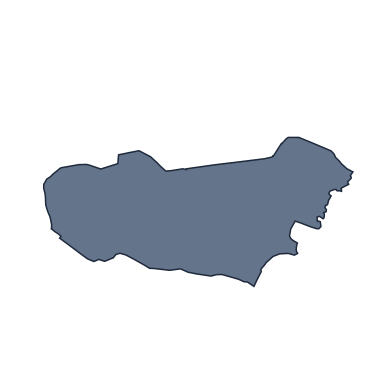 Fuamah, Bong, Liberia (orthographic projection), rotated 37°
{"feature_id": "62588387B99058243343156", "entity_name": "Fuamah", "entity_type": "district", "adm_level": 2, "iso_a3": "LBR", "parent_name": "Liberia", "parent_adm1": "Bong", "projection": "orthographic", "projection_center": [-10.257, 6.963], "detail": "fine", "context": "isolated", "style": "filled", "palette": "slate", "viewbox_px": 384, "rotation_deg": 37, "n_neighbors": 0, "source": "geoboundaries", "source_scale": "gbopen_adm2", "svg_char_len": 2831}
<svg xmlns="http://www.w3.org/2000/svg" viewBox="0 0 384 384"><g transform="rotate(37 192 192)"><path d="M234.2,99.3L234.4,102.2L235.4,114.7L235.1,114.9L234.8,114.8L234.8,115.0L234.9,115.9L229.8,121.9L211.9,139.2L205.6,145.3L204.4,146.4L193.2,157.2L175.5,174.9L173.3,177.2L173.8,177.6L170.7,179.0L162.3,187.7L158.4,191.1L157.6,191.0L150.5,190.3L146.3,189.6L137.5,188.8L129.2,190.2L124.9,190.9L124.4,191.4L121.1,195.1L117.6,198.9L116.7,200.0L114.7,202.3L111.4,206.0L111.0,206.5L113.4,210.4L113.9,211.1L115.7,214.0L107.2,225.9L106.9,226.3L105.4,228.5L93.9,232.3L91.1,233.5L89.1,235.1L85.0,238.4L73.0,251.3L72.3,252.7L72.2,253.2L72.0,253.9L71.9,254.6L70.3,261.0L69.7,265.1L68.2,269.1L68.7,272.7L68.8,273.5L68.9,274.9L70.4,277.1L71.9,278.8L72.8,279.5L74.7,280.9L77.2,283.4L78.5,284.9L79.3,285.8L80.3,287.2L83.1,290.4L87.2,293.5L90.2,295.4L93.4,297.2L95.6,299.0L98.5,301.6L99.7,302.7L100.5,303.9L102.0,306.2L103.2,305.8L103.6,306.1L106.0,306.2L110.6,305.9L111.3,306.0L114.1,306.2L114.0,308.5L127.5,308.4L133.0,308.4L138.5,308.4L148.4,308.3L148.7,308.3L155.4,306.6L158.2,301.9L160.6,301.1L161.0,301.0L164.0,299.9L168.5,292.3L168.8,291.9L168.8,291.3L168.8,287.9L169.2,287.3L171.3,284.3L173.9,283.3L177.1,282.1L180.2,281.6L185.7,280.7L196.8,279.2L199.5,278.9L204.0,278.5L207.2,276.3L207.5,276.1L208.5,275.5L221.1,268.1L222.3,267.0L229.1,260.3L233.3,259.3L237.0,258.5L238.5,257.8L245.1,254.6L255.2,249.1L257.8,247.7L261.1,243.5L262.5,242.3L265.5,239.9L272.2,237.3L276.8,235.5L278.0,235.1L281.2,233.8L287.8,232.3L290.2,230.6L298.3,230.1L297.4,225.9L297.2,225.0L295.9,218.0L295.3,214.1L293.5,212.1L293.9,206.1L293.7,204.0L295.3,195.8L295.3,195.4L295.5,194.7L299.2,188.7L301.3,186.9L305.9,183.1L311.8,180.8L313.3,177.5L310.8,176.3L309.2,174.3L307.5,171.2L306.9,169.3L301.8,169.9L298.7,169.7L296.2,168.3L294.8,165.4L293.1,162.1L291.9,153.2L297.5,151.3L299.3,150.8L307.4,148.5L312.5,146.7L313.4,146.4L314.4,145.7L315.3,145.2L315.8,142.2L315.6,141.9L315.3,141.5L312.3,138.5L311.1,138.9L310.5,139.2L309.8,139.9L308.2,138.2L306.9,136.8L308.5,134.7L312.8,134.5L313.0,133.1L312.8,132.8L311.7,131.0L311.1,130.1L309.6,129.4L311.0,127.0L310.8,126.6L309.9,125.2L307.5,124.4L307.2,123.8L307.0,123.2L306.8,122.9L306.7,122.6L307.3,121.9L307.8,120.5L306.2,116.7L305.8,113.8L305.5,111.4L304.7,111.4L303.6,111.3L302.3,111.1L301.6,108.4L304.1,104.5L304.7,103.9L305.3,103.3L307.3,103.7L309.0,102.3L309.1,102.2L311.0,101.5L310.8,101.0L310.2,100.5L308.8,99.3L311.3,94.0L312.3,92.1L312.5,91.5L311.5,91.1L310.9,90.8L310.3,90.3L310.5,88.3L310.8,85.7L310.8,85.1L309.8,84.1L308.7,83.8L308.4,79.1L301.7,80.2L300.6,80.1L294.1,79.5L294.0,79.4L293.4,79.4L291.6,78.7L285.9,78.0L282.5,76.1L278.3,75.5L262.6,79.4L261.8,79.6L244.5,84.1L236.1,90.4L235.9,90.6L235.9,91.0L235.2,92.7L234.7,99.2L234.4,99.2L234.2,99.3Z" fill="#64748b" stroke="#1e293b" stroke-width="1.5"/></g></svg>